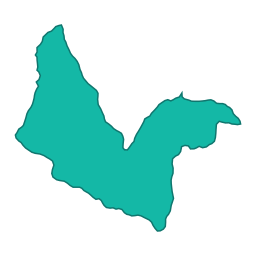 outline of Matutina, Minas Gerais, Brazil
{"feature_id": "56859067B65978076435942", "entity_name": "Matutina", "entity_type": "district", "adm_level": 2, "iso_a3": "BRA", "parent_name": "Brazil", "parent_adm1": "Minas Gerais", "projection": "natural_earth1", "projection_center": [-45.985, -19.184], "detail": "fine", "context": "isolated", "style": "filled", "palette": "teal", "viewbox_px": 256, "rotation_deg": 0, "n_neighbors": 0, "source": "geoboundaries", "source_scale": "gbopen_adm2", "svg_char_len": 2748}
<svg xmlns="http://www.w3.org/2000/svg" viewBox="0 0 256 256"><path d="M35.4,55.0L37.0,57.1L37.1,60.1L37.5,63.8L37.8,67.1L37.0,70.2L38.8,71.9L40.3,75.6L39.0,79.6L36.3,82.0L38.5,86.2L36.7,89.1L35.2,92.5L34.5,95.3L34.1,98.2L33.2,101.8L32.4,104.4L30.9,107.4L28.4,110.7L26.9,113.9L25.9,117.8L24.7,121.6L23.4,125.4L21.6,127.2L18.8,129.1L17.0,132.7L15.4,135.0L16.1,138.0L18.8,141.0L21.1,142.5L23.0,145.2L25.6,148.0L28.7,150.1L31.8,152.2L35.2,153.3L40.0,154.0L44.1,155.6L46.9,157.4L49.6,158.9L52.5,161.0L53.9,165.1L52.4,169.7L51.8,173.6L53.0,177.1L56.6,179.7L59.7,180.5L64.3,181.2L67.5,183.2L70.2,185.5L73.1,187.2L77.0,187.2L79.6,187.2L81.9,188.3L83.9,190.5L86.1,191.8L88.5,193.1L90.8,195.1L93.0,197.2L95.9,199.3L99.1,198.7L101.3,200.5L102.6,203.0L104.1,205.4L106.4,207.5L110.0,208.1L113.1,207.8L116.0,209.1L118.8,208.5L122.0,209.5L124.4,212.7L126.8,214.3L129.2,214.8L131.8,215.9L135.1,215.6L137.9,215.1L141.2,215.9L144.0,217.4L146.7,218.7L149.3,220.0L151.6,222.2L153.1,225.4L155.1,228.4L157.4,231.0L160.3,230.8L163.4,229.1L165.3,226.5L165.6,222.3L165.6,219.0L166.7,216.4L168.5,214.3L170.3,210.8L171.2,205.4L172.6,201.2L173.5,198.4L172.9,195.4L172.1,191.4L171.6,187.2L171.2,183.3L171.1,180.1L171.8,176.7L173.0,173.3L173.1,168.1L172.1,163.9L172.6,158.7L175.5,156.1L178.5,154.6L180.6,151.5L181.6,146.6L184.9,145.4L188.4,145.9L190.5,148.9L194.1,148.8L196.4,147.9L199.1,146.3L202.6,147.7L206.4,146.9L209.3,144.6L211.8,143.6L214.4,141.3L215.4,137.5L215.8,133.3L216.0,129.5L216.4,124.3L219.2,121.3L221.9,122.1L225.5,122.9L228.9,122.8L231.9,124.0L234.6,124.2L237.5,124.6L240.6,124.0L240.0,121.2L238.2,118.3L235.6,116.2L233.3,113.7L231.9,109.8L229.6,107.5L227.4,106.5L225.3,104.5L222.6,103.6L219.8,103.6L216.6,103.3L213.9,101.0L210.9,99.8L208.1,100.1L205.1,100.7L202.4,101.0L199.0,101.3L195.4,101.3L191.5,101.2L188.8,100.1L184.3,98.9L182.1,96.8L181.9,93.0L179.3,97.0L175.7,98.2L173.3,99.7L170.8,100.9L167.8,99.7L164.9,100.6L161.9,102.6L159.0,104.6L157.3,107.1L154.6,110.1L151.4,113.4L149.9,116.0L147.3,117.4L144.8,118.9L143.8,121.7L142.0,125.1L140.4,128.0L138.7,130.9L136.5,134.4L134.7,138.3L134.0,141.5L131.9,143.6L129.7,146.9L127.4,149.9L124.5,149.8L122.9,147.7L123.1,143.9L123.6,139.3L122.8,136.2L121.4,133.3L118.8,131.7L116.6,130.6L113.6,128.6L111.4,126.2L108.7,124.0L105.5,121.8L104.4,118.9L103.9,116.0L102.4,112.8L100.7,108.9L98.2,104.6L97.6,99.4L97.9,96.3L98.0,93.3L96.4,90.4L93.7,88.2L90.9,85.9L88.1,83.7L86.1,81.3L83.5,78.2L82.2,75.3L81.4,72.5L80.0,69.5L78.8,64.7L77.1,61.3L74.9,58.4L72.5,56.1L70.5,53.3L68.9,49.6L67.0,45.8L65.8,42.0L64.3,39.4L64.0,35.9L63.0,32.5L63.1,29.2L61.4,25.0L58.9,25.5L55.8,26.6L53.9,28.7L51.5,31.1L48.0,32.4L43.2,37.0L42.3,41.4L40.4,44.4L37.0,47.6L37.1,52.1L35.4,55.0Z" fill="#14b8a6" stroke="#0f766e" stroke-width="1.5"/></svg>